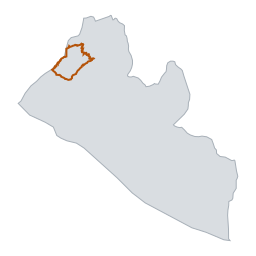 location of Kongba, Gbapolu, Liberia
{"feature_id": "62588387B18809430914172", "entity_name": "Kongba", "entity_type": "district", "adm_level": 2, "iso_a3": "LBR", "parent_name": "Liberia", "parent_adm1": "Gbapolu", "projection": "mercator", "projection_center": [-10.454, 7.678], "detail": "fine", "context": "in_parent", "style": "outline", "palette": "amber", "viewbox_px": 256, "rotation_deg": 0, "n_neighbors": 0, "source": "geoboundaries", "source_scale": "gbopen_adm2", "svg_char_len": 4115}
<svg xmlns="http://www.w3.org/2000/svg" viewBox="0 0 256 256"><path d="M18.2,103.4L21.0,101.0L25.2,93.2L31.0,85.8L36.5,81.4L40.8,76.9L45.3,73.4L51.9,69.3L61.8,58.6L64.2,57.4L65.8,50.0L68.3,40.6L71.2,37.6L78.0,35.9L79.6,34.3L82.0,27.6L83.5,19.9L83.7,18.2L86.3,18.0L90.9,16.3L93.6,17.1L94.7,19.3L95.4,21.2L109.2,16.4L110.5,15.4L111.2,15.5L112.9,19.9L113.9,19.6L114.8,18.4L115.7,18.2L116.8,18.8L117.9,20.9L119.6,22.7L122.6,24.0L124.5,25.7L124.3,30.4L125.1,34.9L126.4,35.9L127.1,38.6L127.4,41.6L128.1,43.2L128.6,46.1L128.4,49.3L128.9,51.6L131.1,55.5L132.5,60.4L132.5,63.9L131.7,67.5L130.3,70.8L127.7,74.5L127.5,75.9L129.0,76.9L131.3,77.0L133.3,76.3L138.2,78.0L140.8,80.4L143.0,83.3L145.0,84.8L146.0,86.7L149.5,86.2L153.5,84.4L154.3,83.5L155.5,84.0L158.2,84.2L160.0,80.9L161.5,77.2L164.6,73.2L166.1,71.6L166.5,69.0L166.7,65.7L167.8,62.8L170.4,61.2L173.2,61.2L174.8,61.8L175.5,64.6L177.8,66.8L179.7,68.2L180.7,68.8L182.3,70.5L183.9,76.1L189.9,94.3L189.6,99.4L188.4,102.6L188.3,105.8L187.9,109.0L184.3,114.2L173.4,124.8L174.3,125.8L176.9,127.0L179.5,127.6L181.7,127.3L184.4,129.9L187.3,133.2L190.4,135.0L194.8,136.5L198.7,136.7L202.0,136.1L206.7,136.8L211.7,139.5L213.4,144.1L214.6,148.0L216.4,150.0L216.6,153.5L220.1,156.5L225.2,157.1L231.7,160.6L233.4,160.4L234.1,160.0L234.9,160.7L236.5,170.9L237.8,176.3L237.1,178.5L236.2,180.2L236.2,188.4L233.2,193.2L232.8,198.3L231.9,200.0L228.8,201.5L228.7,205.5L227.9,210.3L227.6,215.4L228.5,228.8L228.6,238.8L230.0,240.6L223.9,239.8L205.8,232.2L191.9,227.8L145.2,202.9L132.2,192.9L117.3,178.0L84.0,148.0L76.4,143.1L66.9,140.8L61.0,138.2L56.8,135.5L53.4,127.1L45.1,122.2L29.7,115.1L18.2,103.4Z" fill="#d9dde1" stroke="#a8b0b8" stroke-width="1"/><path d="M93.7,58.5L93.6,58.4L92.9,58.4L92.4,58.5L90.8,58.7L89.4,58.8L89.3,58.6L89.8,58.0L89.9,57.4L90.0,57.1L89.8,56.6L89.3,56.4L89.1,56.5L88.9,56.5L88.6,56.3L88.6,55.7L88.8,55.0L88.8,54.6L88.9,54.4L88.8,54.2L88.4,54.2L87.7,54.7L87.4,54.9L86.8,55.0L86.5,54.7L86.1,54.2L85.9,53.9L86.1,53.6L86.4,53.1L86.3,52.9L86.0,53.0L85.5,53.2L85.4,53.0L85.2,52.9L84.8,53.1L84.6,53.2L84.5,53.3L84.4,53.4L83.9,53.9L83.7,54.1L83.9,52.5L83.7,52.4L83.0,52.2L82.6,52.3L82.3,52.1L82.1,52.1L82.1,51.9L82.1,51.7L81.9,51.6L81.7,50.8L81.8,50.7L82.0,50.5L82.2,50.4L82.3,50.4L82.7,50.1L82.8,49.4L82.9,49.0L83.1,48.4L82.9,48.4L82.1,48.8L81.6,48.7L81.4,48.4L81.5,47.9L81.8,47.3L81.8,47.1L82.0,46.8L82.5,46.3L82.9,45.5L83.0,44.8L83.2,44.4L82.8,44.0L82.4,44.1L82.2,44.1L81.9,44.1L81.4,43.7L81.2,43.9L80.9,44.5L80.8,44.4L80.6,44.5L80.3,44.7L78.9,45.2L78.6,45.3L77.8,45.6L77.5,45.7L77.5,45.2L77.0,45.1L76.6,45.0L76.2,45.1L75.8,45.2L75.7,45.2L75.4,44.9L75.1,44.9L75.0,45.0L74.8,45.1L74.6,45.2L74.0,45.5L73.6,45.6L72.9,45.8L72.7,45.8L71.9,46.3L71.5,46.4L70.7,46.7L70.2,46.8L69.7,47.1L69.7,46.9L69.7,46.6L69.5,46.4L69.5,46.6L69.4,46.7L69.2,47.1L68.8,47.4L68.7,47.3L68.6,47.2L68.5,47.5L68.4,47.7L67.9,48.1L67.1,48.5L66.4,48.7L66.4,49.2L66.4,50.4L66.4,55.0L66.4,56.5L65.8,56.7L65.1,57.0L64.6,56.9L64.4,56.8L63.6,57.2L63.0,57.9L62.4,58.2L61.5,58.5L61.0,59.1L61.0,59.3L60.8,60.0L60.4,60.1L60.5,60.4L60.0,60.7L59.9,61.0L60.0,61.2L59.6,61.5L59.3,61.5L58.7,62.3L58.8,62.7L58.4,62.8L57.8,63.2L57.8,63.5L57.5,63.1L57.4,63.3L57.4,63.7L56.5,64.9L56.6,65.2L56.5,65.4L56.5,65.8L56.5,66.0L56.1,66.4L55.2,66.3L55.2,66.5L54.8,66.8L55.0,67.3L54.6,67.5L54.6,67.9L54.1,68.0L53.8,68.3L53.7,68.4L53.7,68.7L52.9,69.3L52.1,69.7L52.3,70.0L52.9,70.2L53.3,71.0L54.0,71.5L54.7,71.8L55.2,72.6L55.9,73.1L56.1,73.8L56.3,74.3L56.3,74.7L56.9,74.9L58.1,74.9L59.6,75.2L59.8,75.0L61.0,76.0L61.1,76.6L62.1,77.1L63.7,77.7L64.9,78.5L65.0,78.9L65.3,79.0L65.6,79.0L65.8,79.0L66.4,79.0L66.6,79.1L67.2,79.4L67.8,79.7L68.3,79.8L68.8,79.9L69.2,79.7L69.4,79.6L69.6,79.6L69.8,79.6L70.3,79.5L70.7,79.4L70.9,79.3L71.0,79.3L71.3,78.7L72.0,78.1L71.9,76.7L72.9,75.2L73.3,75.0L73.9,74.8L76.1,73.9L76.2,73.5L76.2,73.3L76.9,72.1L77.7,70.6L78.9,69.7L79.9,68.4L80.8,67.6L81.6,67.1L81.7,66.2L82.5,65.2L82.8,64.9L83.0,64.7L83.4,65.4L83.9,65.0L85.6,63.5L87.1,62.9L87.3,62.6L87.4,62.4L87.8,61.7L88.7,61.3L90.1,61.1L91.0,60.7L91.5,60.3L91.3,59.8L92.0,59.8L92.0,59.3L93.7,58.5Z" fill="none" stroke="#b45309" stroke-width="2"/></svg>